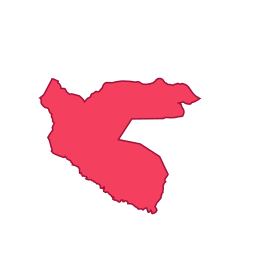 outline of Santa Fé de Goiás, Goiás, Brazil, rotated 144°
{"feature_id": "56859067B58729650453779", "entity_name": "Santa Fé de Goiás", "entity_type": "district", "adm_level": 2, "iso_a3": "BRA", "parent_name": "Brazil", "parent_adm1": "Goiás", "projection": "albers", "projection_center": [-51.164, -15.663], "detail": "fine", "context": "isolated", "style": "filled", "palette": "rose", "viewbox_px": 256, "rotation_deg": 144, "n_neighbors": 0, "source": "geoboundaries", "source_scale": "gbopen_adm2", "svg_char_len": 3269}
<svg xmlns="http://www.w3.org/2000/svg" viewBox="0 0 256 256"><g transform="rotate(144 128 128)"><path d="M122.6,67.9L121.9,72.2L119.2,86.3L127.5,107.9L142.6,124.3L119.6,133.1L93.9,114.9L91.9,114.5L90.9,114.1L88.1,111.7L84.3,109.1L81.3,107.8L77.8,105.9L76.6,105.6L74.6,106.8L73.3,108.0L72.3,110.2L72.1,113.4L71.2,116.0L72.4,118.4L67.8,116.4L67.3,114.8L66.5,113.3L64.2,111.1L63.0,110.7L62.0,111.0L61.1,111.0L59.5,110.4L58.0,110.1L55.7,109.8L52.5,109.6L54.3,113.6L54.8,115.6L55.1,117.6L55.0,125.6L55.3,127.4L55.8,129.0L57.6,131.7L58.4,132.3L60.0,132.6L61.2,134.5L62.0,135.1L63.2,135.2L64.6,136.0L65.9,135.9L67.3,137.1L69.2,139.2L70.3,139.8L70.5,141.4L71.4,142.5L71.5,143.5L71.5,147.1L72.8,149.2L74.9,150.4L77.0,150.4L78.7,149.9L81.2,149.8L83.8,150.7L87.2,152.3L90.1,154.6L90.9,155.9L92.0,158.8L93.1,159.8L95.4,161.0L96.6,162.4L97.7,163.3L98.8,164.4L101.5,166.6L102.4,167.1L103.4,168.2L106.4,170.2L108.3,171.2L110.3,172.3L112.9,173.3L114.7,174.3L118.8,177.5L120.7,177.8L122.7,177.3L125.0,175.7L127.9,175.1L129.5,174.6L130.6,174.6L132.5,176.5L135.4,176.4L137.4,176.9L138.4,176.5L140.0,175.4L141.6,175.4L143.6,175.8L147.8,174.7L147.5,177.4L148.3,182.0L148.8,183.0L153.5,188.7L155.4,189.5L156.4,193.4L155.9,196.3L156.3,197.4L159.0,199.5L157.9,201.2L157.6,203.9L158.2,205.8L156.9,206.8L159.3,211.1L160.5,212.4L161.7,211.7L176.5,204.4L181.7,204.1L181.1,203.0L182.8,200.3L183.6,199.3L183.8,198.1L183.6,195.5L183.0,193.3L181.6,191.8L181.0,190.3L181.9,187.7L182.1,185.5L181.4,183.9L182.6,183.2L183.5,181.5L183.5,180.0L184.5,178.5L185.2,177.0L184.7,175.3L187.4,173.9L189.2,172.7L189.6,171.0L190.7,170.4L195.7,168.7L197.2,167.8L198.3,167.6L198.9,164.0L200.0,161.0L200.8,159.3L202.2,155.0L203.5,154.5L203.5,153.1L203.3,151.6L202.6,150.2L200.9,147.4L200.1,145.9L198.9,144.4L198.1,143.0L197.0,141.8L195.5,142.0L195.5,140.5L195.5,138.9L194.8,137.4L194.1,136.0L193.6,134.5L194.2,133.6L193.5,132.2L194.7,131.0L193.5,129.6L192.3,128.1L191.7,126.4L191.0,125.8L191.3,124.6L191.1,123.5L192.2,122.3L193.6,120.0L192.3,119.4L193.0,118.3L192.7,117.0L193.1,115.8L191.8,115.1L191.0,113.6L190.2,113.0L190.6,111.6L191.9,111.7L191.5,110.7L190.2,109.2L188.3,108.0L188.0,106.4L187.1,105.5L187.1,104.3L186.4,103.5L186.1,102.2L185.9,101.0L185.1,100.5L184.4,99.5L184.3,98.2L184.6,97.1L185.6,95.7L184.1,94.0L182.9,94.6L181.9,94.4L182.5,93.2L184.2,92.1L184.9,91.1L184.5,90.2L183.9,88.9L182.6,88.6L182.0,87.7L182.1,86.5L181.8,84.7L181.1,83.3L181.6,82.1L180.6,81.2L180.4,80.1L181.4,80.4L182.1,79.3L181.5,77.9L180.7,77.1L179.8,76.2L179.4,74.9L178.7,73.3L177.2,73.0L176.1,73.8L174.7,72.8L175.3,71.4L174.5,70.7L173.3,70.8L172.0,69.8L172.0,67.7L172.6,66.8L171.2,65.9L170.1,64.9L169.2,63.4L168.7,62.3L168.6,61.0L168.1,59.5L167.5,58.5L167.5,57.2L167.2,56.2L166.0,55.6L165.2,55.1L164.2,53.9L164.0,52.9L161.4,53.1L160.0,52.2L160.8,49.8L161.2,47.9L159.7,47.5L157.9,48.1L158.1,46.3L158.9,45.5L158.4,44.3L156.9,43.8L155.1,43.6L153.1,44.3L152.5,45.8L152.5,47.3L152.5,48.5L151.4,48.8L150.4,49.5L149.7,50.1L148.2,50.6L146.1,51.0L145.0,51.4L143.8,51.6L142.2,52.2L141.5,53.3L140.3,53.8L139.7,55.0L138.6,55.1L137.6,55.4L136.9,56.5L135.3,58.0L134.3,59.5L133.3,60.8L132.2,61.3L131.4,62.0L129.1,62.4L129.1,63.7L128.6,64.5L127.5,65.3L125.6,65.8L123.0,66.8L122.6,67.9Z" fill="#f43f5e" stroke="#9f1239" stroke-width="1.5"/></g></svg>